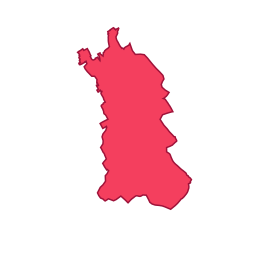 Kota Kediri, Jawa Timur, Indonesia (Albers equal-area conic projection), rotated 219°
{"feature_id": "22746128B79918158306090", "entity_name": "Kota Kediri", "entity_type": "district", "adm_level": 2, "iso_a3": "IDN", "parent_name": "Indonesia", "parent_adm1": "Jawa Timur", "projection": "albers", "projection_center": [112.028, -7.823], "detail": "fine", "context": "isolated", "style": "filled", "palette": "rose", "viewbox_px": 256, "rotation_deg": 219, "n_neighbors": 0, "source": "geoboundaries", "source_scale": "gbopen_adm2", "svg_char_len": 5674}
<svg xmlns="http://www.w3.org/2000/svg" viewBox="0 0 256 256"><g transform="rotate(219 128 128)"><path d="M105.3,56.3L102.6,57.1L101.6,56.9L99.9,56.9L99.8,57.0L98.6,60.7L93.4,62.4L92.2,64.9L90.7,70.6L84.8,70.3L83.7,70.2L82.8,70.1L82.1,70.0L81.5,69.9L80.9,69.9L80.8,70.9L80.7,73.1L80.6,74.1L80.4,75.4L80.1,76.5L79.8,77.8L79.6,78.8L79.3,79.8L78.9,80.5L78.4,81.0L77.7,81.3L76.9,81.7L76.1,82.1L75.5,82.6L75.0,83.4L74.6,84.5L74.3,85.3L71.5,87.3L67.1,85.4L64.2,84.0L61.5,84.1L58.5,85.2L55.0,87.5L52.4,89.0L49.6,90.0L43.7,91.7L42.5,97.4L42.1,100.6L42.0,104.3L42.0,106.5L41.7,106.9L41.4,107.6L41.4,108.5L41.2,109.6L41.2,110.7L41.2,112.2L41.2,113.3L41.3,114.4L41.4,115.2L41.6,116.1L42.0,117.2L42.4,118.1L42.6,118.8L42.8,119.2L42.8,119.3L43.2,119.9L43.3,120.1L43.8,120.7L43.9,120.9L45.8,122.6L45.9,122.8L45.7,123.1L45.2,123.8L45.0,124.7L45.0,124.8L45.6,124.9L45.7,125.1L45.8,125.6L46.0,126.7L46.1,127.3L46.2,127.8L47.7,128.2L48.3,128.3L49.0,128.3L49.9,128.2L50.4,128.3L51.2,128.7L51.5,128.6L52.2,128.5L52.7,128.4L52.9,128.5L54.0,129.2L54.5,129.4L55.0,129.5L55.8,129.5L56.3,129.5L56.7,129.5L57.5,129.5L58.1,129.5L58.9,129.5L60.4,129.4L61.5,129.5L62.4,129.5L63.2,129.6L64.6,129.7L66.1,129.8L67.8,129.8L69.3,129.9L71.1,130.2L72.2,130.5L73.4,131.0L76.3,132.5L78.1,133.6L78.6,133.8L79.0,134.0L79.5,134.1L80.0,134.1L83.0,133.8L85.7,137.1L83.8,140.4L82.7,142.8L82.7,143.7L82.5,144.8L82.3,146.6L82.1,147.3L81.9,148.4L82.0,148.6L82.2,148.8L82.5,149.0L82.9,149.2L83.9,149.6L84.4,149.8L84.8,150.0L85.1,150.2L85.4,150.5L85.5,150.6L85.8,150.8L86.0,150.7L86.3,150.6L87.0,150.2L88.4,150.5L93.4,151.1L97.0,152.0L101.7,152.7L108.5,154.9L109.5,160.0L107.2,163.7L104.6,167.5L103.4,168.9L105.4,169.8L106.8,170.4L108.9,171.2L109.4,171.4L111.2,171.9L112.8,172.5L114.0,172.8L116.7,173.6L117.7,173.7L118.1,173.5L119.0,173.2L118.9,173.4L118.2,176.8L118.2,178.8L118.5,181.5L122.9,180.9L127.1,181.1L129.5,182.7L130.5,185.9L130.9,188.7L133.9,190.8L138.4,191.5L143.4,192.0L148.8,192.9L152.7,193.7L156.8,194.6L161.5,195.2L164.8,193.2L168.6,189.8L172.7,190.7L174.0,191.3L179.5,194.7L179.8,194.9L179.7,193.9L179.3,193.7L179.3,193.3L179.8,192.2L179.8,191.9L180.8,189.6L181.1,188.6L181.1,187.8L181.1,187.5L180.9,186.7L181.8,186.8L182.3,186.8L182.8,186.5L182.9,186.1L184.6,186.4L185.8,186.7L187.2,187.2L188.7,187.9L189.9,188.4L191.8,189.1L192.8,189.7L194.7,191.2L195.6,195.0L197.2,196.8L197.2,197.8L197.9,199.6L198.3,199.7L198.4,199.3L198.9,198.3L199.5,197.0L199.3,196.8L199.5,196.4L200.6,196.8L201.3,196.8L201.3,196.6L201.8,196.8L202.5,196.7L203.7,192.9L203.4,192.7L203.8,191.8L204.0,191.1L204.1,190.9L204.4,190.2L203.4,189.5L202.5,189.1L202.7,188.6L202.8,188.4L202.2,188.0L201.4,187.7L200.7,186.4L200.5,186.1L200.0,185.6L198.2,183.4L197.2,182.4L195.3,180.8L193.7,179.6L193.7,178.5L193.8,177.0L194.3,175.8L194.7,173.5L194.6,173.0L194.5,172.7L194.3,172.0L194.3,171.8L194.5,171.3L194.6,171.0L194.5,170.8L193.6,169.8L193.5,169.5L193.2,169.0L192.7,168.2L196.2,168.1L197.0,168.7L197.5,167.7L197.6,167.2L198.0,166.4L197.1,166.0L196.7,166.2L194.8,165.1L193.6,164.2L193.2,163.8L193.0,163.5L192.5,163.2L192.2,162.7L192.7,162.8L193.9,163.2L194.9,163.4L196.2,163.9L196.3,163.6L196.8,162.7L197.3,161.6L196.8,161.2L197.5,159.2L198.6,158.6L199.7,158.7L201.5,159.5L202.3,159.8L202.3,160.1L202.2,160.4L202.2,160.6L202.4,160.9L203.1,161.1L204.5,161.8L205.5,162.4L205.9,162.6L207.3,163.2L208.2,163.5L208.9,163.8L209.6,164.1L210.3,162.6L210.8,161.4L211.2,160.5L213.0,161.1L213.3,160.1L214.1,157.1L214.3,157.1L214.4,156.8L214.8,155.1L214.1,155.0L213.9,155.0L213.5,155.1L211.9,154.5L211.7,154.3L211.8,153.8L210.7,153.5L210.8,152.9L210.7,152.7L210.6,152.1L210.4,151.8L210.2,151.6L209.9,151.7L209.6,151.6L209.0,151.6L208.6,151.2L208.7,150.9L208.1,150.7L208.0,150.1L208.1,149.7L207.4,149.5L207.3,149.4L206.4,149.1L207.0,147.4L206.1,146.9L205.6,146.7L205.3,147.2L205.0,147.8L204.7,147.6L204.0,149.1L203.5,150.5L202.9,151.8L202.7,152.2L203.1,152.4L202.6,153.5L200.4,152.1L200.6,148.0L198.5,147.0L195.1,146.2L188.8,145.4L186.5,147.2L182.7,146.2L180.7,143.5L180.1,143.1L179.9,143.6L179.6,143.4L179.2,143.2L178.8,143.0L178.0,142.7L177.7,142.5L178.0,141.7L179.0,141.8L179.2,141.5L178.9,141.4L179.0,141.0L178.4,140.8L175.4,139.5L176.0,137.9L175.0,137.5L173.8,137.1L173.4,137.9L173.4,138.0L173.5,138.3L173.7,138.8L173.4,139.9L172.0,139.3L171.5,140.1L171.4,140.1L171.2,139.8L171.1,139.4L171.0,139.0L171.0,138.7L171.1,138.4L170.8,137.9L170.7,137.8L170.6,137.7L170.4,137.6L170.2,137.6L169.4,137.2L168.3,136.8L167.4,136.4L166.7,136.2L166.1,136.0L165.4,135.3L165.0,135.1L164.2,134.7L162.0,133.8L162.8,131.9L162.8,131.6L162.4,130.9L163.0,129.0L162.9,128.6L162.7,128.3L162.6,128.2L162.4,128.0L162.1,127.9L161.7,127.8L160.8,127.3L160.5,127.2L160.2,127.1L159.7,127.0L159.6,126.9L159.4,126.8L159.2,126.6L158.7,126.4L158.4,126.1L157.9,125.9L157.4,125.5L157.2,125.4L157.0,125.2L156.8,125.0L156.7,124.8L155.9,124.2L155.5,124.0L155.0,124.0L154.3,124.1L153.2,123.9L152.9,123.8L152.3,123.6L151.5,123.2L150.7,122.9L150.0,122.6L149.6,122.4L149.1,122.2L149.4,121.5L149.6,121.0L149.7,120.9L150.1,119.9L150.3,119.6L150.6,118.8L150.8,118.4L151.1,117.7L151.4,117.0L152.2,114.9L152.4,114.3L152.5,113.9L151.2,113.4L147.3,111.8L147.0,112.6L146.4,114.0L146.2,114.6L146.1,114.8L146.0,115.2L145.8,115.7L145.0,115.2L143.8,112.2L143.7,107.6L142.6,104.8L139.2,102.4L137.5,99.9L137.0,95.6L135.7,95.2L132.3,93.6L131.7,93.4L130.9,93.3L129.9,92.9L128.9,92.2L127.7,91.6L125.4,90.3L125.4,90.2L125.4,89.3L125.5,86.2L125.4,85.3L125.4,84.6L122.2,83.3L122.1,83.2L118.5,82.1L118.1,82.0L118.0,82.7L117.8,82.7L116.8,82.6L116.1,82.5L116.0,81.3L115.5,79.7L115.6,76.6L112.0,72.5L111.7,68.1L112.2,64.4L110.9,58.4L108.2,57.1L105.3,56.3Z" fill="#f43f5e" stroke="#9f1239" stroke-width="1.5"/></g></svg>